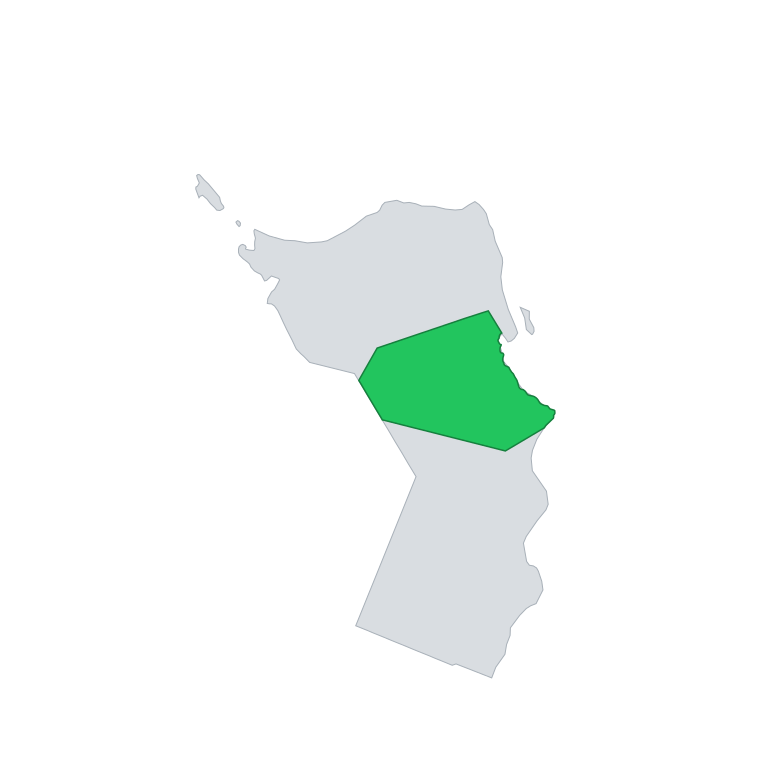 Al Wusta highlighted on a map of Oman, rotated 313°
{"feature_id": "OMN-2405", "entity_name": "Al Wusta", "entity_type": "Region", "adm_level": 1, "iso_a3": "OMN", "parent_name": "Oman", "parent_adm1": "", "projection": "robinson", "projection_center": [57.537, 20.48], "detail": "fine", "context": "in_parent", "style": "filled", "palette": "green", "viewbox_px": 768, "rotation_deg": 313, "n_neighbors": 0, "source": "natural_earth", "source_scale": "10m", "svg_char_len": 4376}
<svg xmlns="http://www.w3.org/2000/svg" viewBox="0 0 768 768"><g transform="rotate(313 384 384)"><path d="M242.5,663.2L239.5,655.6L236.5,648.0L233.5,640.4L230.5,632.9L228.4,627.6L224.8,625.7L222.7,620.1L220.5,614.3L218.3,608.6L216.2,602.8L214.0,597.1L211.8,591.4L209.6,585.6L207.5,579.9L205.3,574.1L203.1,568.4L200.9,562.6L198.8,556.9L196.6,551.1L194.4,545.4L192.3,539.6L190.1,533.9L187.9,528.2L195.0,525.5L203.6,522.2L212.2,518.9L220.8,515.6L229.5,512.3L238.1,509.0L246.7,505.7L255.3,502.4L263.9,499.1L272.5,495.8L281.1,492.5L289.7,489.2L298.3,485.9L306.9,482.6L315.5,479.3L324.1,476.0L332.7,472.7L338.1,470.6L340.3,463.0L342.1,456.6L344.0,450.2L345.9,443.9L347.7,437.5L349.5,431.1L351.4,424.8L353.3,418.4L355.1,412.0L356.9,405.7L358.8,399.3L360.6,392.9L362.5,386.6L364.3,380.2L366.2,373.8L368.0,367.5L369.8,361.1L371.5,355.3L368.4,349.7L364.2,342.1L359.8,334.2L355.7,326.8L352.7,321.4L349.1,314.9L349.5,306.5L349.4,302.3L349.8,295.9L353.4,286.9L357.5,275.6L360.5,268.0L363.2,261.5L365.3,256.2L366.4,250.7L365.8,246.9L364.5,245.5L363.3,243.7L367.3,240.8L374.6,239.0L378.7,239.4L384.4,238.0L388.9,236.7L389.3,235.0L388.0,232.1L386.2,228.0L379.8,227.5L377.9,226.4L380.1,220.2L380.0,218.3L379.2,216.0L378.3,212.1L378.7,207.1L380.1,203.7L380.1,201.0L379.5,195.4L379.7,190.4L381.0,187.9L383.4,185.6L385.6,184.4L388.0,184.5L389.8,185.5L390.6,188.1L390.1,189.9L388.8,190.2L388.3,190.9L390.2,194.4L392.9,197.8L395.0,197.3L397.4,194.6L399.9,192.4L403.0,190.5L405.3,186.8L407.3,184.4L409.0,184.0L414.0,199.1L421.4,213.3L428.0,221.1L434.9,231.7L445.3,241.4L450.1,244.8L469.5,251.6L480.1,254.2L494.7,256.6L504.8,262.0L508.2,262.3L513.5,260.7L517.4,260.8L527.1,268.1L529.9,275.0L534.0,278.6L537.5,284.4L539.9,290.3L548.1,299.5L553.9,309.7L559.8,317.4L565.0,322.1L573.0,324.0L579.4,326.1L580.1,331.2L579.5,337.8L578.3,342.7L572.4,352.3L571.0,358.2L564.3,367.9L557.1,384.2L553.8,387.9L542.1,396.3L533.5,406.4L523.3,424.0L515.5,441.4L512.5,447.0L506.3,448.2L502.2,447.7L499.3,446.0L500.4,441.3L501.1,435.9L497.3,436.5L494.0,437.6L486.3,450.7L482.0,456.4L481.1,463.6L479.0,473.0L476.0,481.7L474.6,488.9L474.7,493.0L477.0,503.1L477.1,513.4L478.5,519.5L479.5,527.0L475.9,529.2L472.7,530.4L460.3,531.2L447.8,533.5L436.8,537.8L430.2,542.1L421.7,551.7L416.4,575.9L408.0,586.1L402.4,588.3L388.7,589.2L369.5,592.0L362.7,594.5L351.5,609.3L350.6,613.9L352.8,617.3L353.5,621.0L352.4,624.5L347.3,633.9L341.8,640.7L327.1,645.0L321.8,642.5L316.9,641.2L307.4,641.0L291.9,642.7L286.1,647.7L277.1,651.3L268.8,656.8L253.1,658.9L242.5,663.2ZM404.6,145.4L403.7,146.7L402.3,146.8L399.0,145.7L397.1,143.1L397.5,139.9L397.6,134.0L398.5,128.5L398.3,122.6L395.8,121.4L394.0,121.7L398.2,113.4L399.8,112.1L401.3,112.7L405.1,111.8L407.1,107.3L408.7,104.8L410.4,105.1L411.3,106.5L410.6,113.3L410.6,119.0L408.4,136.5L406.2,139.6L405.1,142.0L404.6,145.4ZM524.9,457.8L521.8,458.7L520.9,458.3L520.9,451.0L528.2,441.9L533.0,431.3L536.3,440.7L530.5,446.0L527.4,455.1L524.9,457.8ZM403.8,169.3L401.7,170.8L400.3,170.6L400.6,167.5L401.4,165.3L403.6,165.5L404.1,166.8L403.8,169.3Z" fill="#d9dde1" stroke="#a8b0b8" stroke-width="1"/><path d="M356.6,407.3L357.3,405.1L359.9,396.0L362.4,387.4L364.6,379.8L366.5,373.3L368.0,368.3L368.9,365.1L369.2,363.9L369.5,363.1L370.7,362.8L405.6,354.5L487.5,398.6L503.3,407.4L508.6,410.4L501.6,435.4L500.6,435.0L499.1,435.1L497.7,435.6L496.1,436.8L494.0,437.3L493.4,437.8L493.1,438.3L492.2,441.0L492.2,441.7L492.5,442.3L492.7,442.8L492.3,443.2L491.6,443.5L490.4,443.8L489.5,444.3L488.6,445.0L487.4,446.2L487.0,446.8L486.7,447.4L486.6,448.2L486.7,448.7L487.4,449.6L487.6,450.2L487.2,451.4L486.3,452.1L484.2,453.1L483.3,453.7L482.4,454.5L481.7,455.4L481.4,456.5L481.2,457.1L480.6,457.9L480.1,458.8L480.1,460.3L481.0,462.6L481.3,464.0L480.5,466.1L479.7,469.2L479.7,470.0L479.6,471.7L478.4,474.8L477.6,478.0L477.0,479.4L473.9,484.5L473.4,486.0L473.6,487.8L474.0,488.5L474.4,489.0L474.8,489.6L474.9,490.4L475.0,492.1L474.9,493.0L474.6,493.7L474.3,495.2L474.2,496.4L474.5,497.5L477.0,501.8L477.3,502.8L477.6,504.4L477.6,505.9L477.4,507.4L476.6,510.0L476.4,511.2L476.5,512.5L477.5,515.5L478.0,516.4L479.2,518.0L479.5,518.9L479.1,521.3L479.0,522.5L480.9,526.2L480.9,527.1L479.7,528.4L479.0,529.0L478.8,529.1L476.6,529.5L476.3,529.8L476.1,530.1L475.5,530.6L474.9,531.0L474.4,531.2L464.0,530.6L461.2,531.1L417.8,518.4L357.3,408.4L356.6,407.3Z" fill="#22c55e" stroke="#15803d" stroke-width="1.5"/></g></svg>